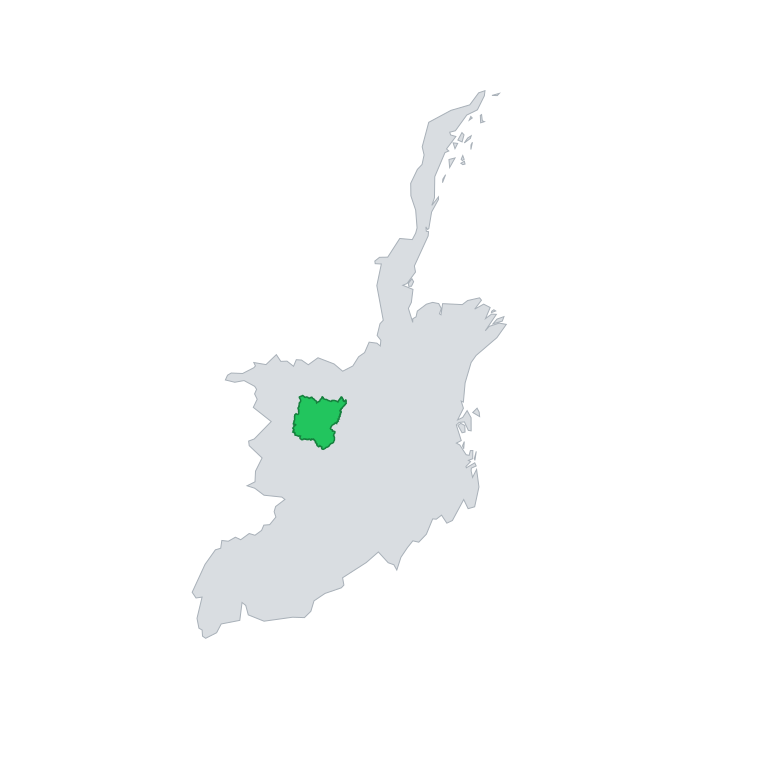 Loilen, Shan, Myanmar shown in context, rotated 210°
{"feature_id": "60261553B60770274813160", "entity_name": "Loilen", "entity_type": "district", "adm_level": 2, "iso_a3": "MMR", "parent_name": "Myanmar", "parent_adm1": "Shan", "projection": "mercator", "projection_center": [97.755, 21.29], "detail": "fine", "context": "in_parent", "style": "filled", "palette": "green", "viewbox_px": 768, "rotation_deg": 210, "n_neighbors": 0, "source": "geoboundaries", "source_scale": "gbopen_adm2", "svg_char_len": 9460}
<svg xmlns="http://www.w3.org/2000/svg" viewBox="0 0 768 768"><g transform="rotate(210 384 384)"><path d="M491.9,355.6L484.7,352.0L479.4,355.3L471.2,354.1L472.1,361.2L467.4,363.5L459.2,362.8L454.3,373.7L437.3,376.4L426.2,374.4L420.0,384.0L419.6,394.9L416.5,401.5L417.8,412.8L410.6,415.8L406.2,415.1L408.6,420.3L414.2,422.6L417.6,434.2L416.5,438.8L439.4,465.6L446.3,486.6L451.8,483.8L453.4,485.9L451.2,491.5L444.2,495.7L443.1,517.9L431.7,523.2L432.0,530.5L433.4,535.7L443.5,550.4L454.8,560.4L461.2,571.1L462.4,586.6L460.8,593.1L463.8,602.4L469.5,608.5L476.1,633.0L462.8,654.5L449.3,668.6L447.6,683.5L443.2,688.5L441.2,683.8L440.2,668.1L446.8,658.3L448.8,639.0L453.0,634.9L450.8,633.0L445.5,634.3L447.4,618.8L444.4,618.2L446.9,614.9L443.7,588.9L433.4,570.5L431.9,562.6L430.4,573.3L429.1,571.2L428.8,556.8L422.9,541.0L423.5,539.6L426.3,541.0L423.7,537.4L421.6,538.2L419.8,534.3L416.7,501.4L412.7,496.7L414.3,482.5L417.1,478.9L406.2,480.4L401.1,468.3L400.7,461.7L389.9,451.7L391.7,454.9L389.8,458.2L391.6,463.8L387.2,474.3L382.7,479.0L376.8,481.0L372.1,478.0L371.1,472.5L369.2,472.4L373.4,482.9L355.9,491.9L353.3,498.1L344.3,506.4L341.5,505.3L342.9,494.2L337.6,503.0L330.3,503.3L328.8,491.4L325.8,498.3L321.5,500.5L322.9,480.7L321.7,486.5L314.7,494.3L307.9,496.8L309.4,480.6L318.5,454.8L319.3,446.2L314.3,425.5L306.2,408.0L308.6,407.8L303.1,402.7L302.3,389.7L299.1,394.4L298.7,402.5L291.7,398.3L285.1,387.0L287.8,386.0L295.4,391.4L299.7,388.3L300.9,384.7L288.8,373.6L291.8,369.0L287.9,369.1L277.5,363.8L274.6,364.8L275.9,369.5L273.8,370.8L269.8,363.6L272.7,360.1L270.2,360.0L271.8,353.6L270.8,352.6L266.0,361.1L263.2,359.1L266.3,354.8L265.1,352.3L260.6,347.4L261.1,356.3L250.3,342.3L244.1,323.0L248.8,318.1L257.2,323.8L256.5,300.0L260.0,294.9L268.6,299.2L271.1,293.1L274.4,291.5L272.2,275.1L274.8,264.4L280.6,262.6L281.9,254.0L282.7,242.4L279.9,229.3L285.1,232.4L291.0,231.3L304.9,235.7L310.1,220.5L323.0,195.5L318.2,189.8L319.0,186.2L330.4,173.1L336.2,161.2L333.7,150.6L336.1,141.9L346.6,136.3L369.3,118.6L386.1,116.2L393.0,123.1L397.7,123.8L390.7,107.2L405.0,94.8L404.6,84.9L411.3,74.6L415.1,74.9L418.5,80.0L422.2,80.0L428.8,87.6L435.0,108.5L439.8,104.7L446.0,107.7L448.8,138.4L447.1,156.1L443.3,160.1L446.2,167.4L440.2,170.0L436.1,177.0L430.2,177.5L426.0,187.1L420.1,188.5L416.8,196.0L417.5,201.7L412.7,205.0L411.1,214.7L415.3,218.5L416.6,223.7L412.1,234.5L415.9,235.0L432.3,227.7L443.9,229.1L451.7,227.4L446.8,234.8L451.7,244.3L452.6,259.0L469.9,263.2L472.7,266.9L468.9,271.5L462.9,295.1L485.5,298.4L486.2,307.4L491.1,310.7L491.7,315.7L494.8,317.3L506.9,317.0L514.1,310.9L523.4,308.2L523.9,313.4L521.8,317.1L511.7,322.4L504.8,333.1L504.4,335.4L507.5,337.5L495.9,341.8L491.9,355.6ZM292.0,380.8L299.2,385.1L297.9,388.3L293.3,388.5L289.8,382.9L292.0,380.8ZM435.4,604.3L440.0,610.9L435.5,615.3L435.4,604.3ZM291.3,409.6L287.5,407.2L284.9,403.6L292.9,403.7L291.3,409.6ZM442.0,632.2L442.2,640.7L439.3,639.8L437.4,632.7L442.0,632.2ZM318.6,496.7L313.8,502.3L313.0,497.6L319.7,490.7L318.6,496.7ZM412.4,489.1L409.5,487.4L409.1,482.4L411.4,481.0L413.2,483.4L412.4,489.1ZM432.6,642.6L432.0,639.8L435.0,632.9L434.5,638.9L432.6,642.6ZM430.9,658.5L434.9,664.8L434.2,666.1L430.5,661.1L428.2,661.4L430.9,658.5ZM444.7,627.4L440.5,629.2L440.2,623.3L444.7,627.4ZM434.8,687.9L429.4,693.4L430.1,690.4L434.8,687.9ZM268.5,364.6L270.4,371.8L267.1,363.3L268.5,364.6ZM435.5,590.9L435.3,596.1L434.0,587.6L435.5,590.9ZM285.1,369.7L285.7,374.3L282.6,367.8L285.1,369.7ZM430.0,621.2L426.9,618.6L427.9,616.7L429.5,617.1L430.0,621.2ZM427.8,613.6L425.8,617.1L423.8,615.0L425.4,613.4L427.8,613.6ZM428.2,634.5L428.3,637.6L426.0,630.5L428.2,634.5ZM326.0,503.2L323.8,503.1L326.7,499.5L327.1,500.9L326.0,503.2ZM442.6,659.1L440.6,658.5L442.1,655.1L442.6,659.1Z" fill="#d9dde1" stroke="#a8b0b8" stroke-width="1"/><path d="M440.9,335.5L440.9,335.3L441.3,334.9L441.2,334.5L441.4,334.3L442.1,334.1L442.7,334.2L443.3,334.4L443.6,334.4L443.9,334.2L444.7,334.0L445.3,333.2L445.7,333.2L446.0,333.0L446.1,332.9L446.5,333.1L447.2,333.1L447.5,333.3L448.6,333.4L449.0,333.1L449.2,332.4L449.8,331.9L449.8,331.7L450.2,331.3L450.8,330.5L450.7,330.2L450.3,329.7L448.9,329.0L448.3,328.5L447.8,327.9L447.7,327.6L447.6,327.4L447.5,327.2L447.6,326.7L447.6,326.0L447.8,325.8L447.6,325.6L447.6,325.4L447.8,325.1L447.8,324.9L447.4,324.5L447.2,323.8L446.9,323.3L446.9,322.9L446.7,322.8L446.4,322.4L446.5,322.2L446.3,321.9L446.5,321.6L446.3,320.9L446.5,320.3L446.4,320.1L445.9,319.4L445.1,319.2L444.8,318.7L444.6,317.9L444.3,317.9L443.4,316.2L443.1,315.5L443.2,314.7L443.4,314.5L444.0,314.4L444.4,314.2L445.3,314.3L445.8,312.5L445.6,312.2L445.3,311.7L445.3,311.2L444.7,310.4L444.5,309.8L444.0,309.2L443.7,308.7L443.4,308.0L443.5,307.3L443.4,306.7L443.2,306.4L442.9,306.3L442.9,306.1L442.8,304.9L442.6,304.1L442.1,304.0L441.8,304.2L441.4,304.0L441.2,304.4L440.9,304.3L440.5,304.7L440.2,304.7L440.1,304.3L440.0,304.2L440.4,303.2L440.6,303.0L441.1,302.6L440.7,302.3L440.6,302.0L440.7,301.7L440.9,300.7L440.8,300.1L440.5,299.9L440.2,300.0L440.0,299.7L439.8,299.7L439.7,299.6L439.4,299.6L439.3,299.4L439.1,299.4L439.0,299.2L439.0,298.8L439.1,298.4L438.6,298.1L438.7,297.9L439.2,297.7L438.9,297.1L438.9,296.8L437.7,297.1L437.2,296.8L437.0,297.1L436.8,297.2L436.7,297.1L436.4,296.5L436.2,296.4L435.7,295.5L435.5,295.3L435.3,295.2L435.0,295.5L434.4,295.7L432.8,295.9L432.4,296.0L432.0,296.0L431.3,296.8L430.3,297.1L430.3,296.4L430.1,296.1L430.1,295.7L429.6,295.0L429.0,294.7L428.3,294.8L427.7,294.6L427.4,294.7L427.1,294.7L426.7,295.2L426.4,295.3L426.3,295.9L426.2,296.1L425.7,296.6L425.3,296.7L425.2,296.7L424.9,296.6L424.5,296.8L424.5,297.1L424.0,297.3L423.7,297.2L423.2,297.5L423.1,297.3L422.9,297.4L422.7,297.6L422.4,297.6L422.0,298.1L421.8,298.1L421.8,298.4L421.4,298.9L421.2,298.9L420.9,299.1L420.1,299.2L419.8,298.7L419.6,298.7L419.3,298.9L419.2,299.2L418.8,299.5L418.9,299.8L419.1,299.9L419.1,300.2L418.8,300.2L418.2,299.8L418.5,300.3L418.3,300.5L418.0,300.5L417.7,301.0L417.3,300.8L417.1,300.9L416.6,300.6L416.5,300.8L416.3,300.7L415.9,300.4L415.6,300.5L415.3,300.2L414.7,300.1L414.8,299.9L414.5,299.7L414.2,299.3L414.0,298.9L412.9,298.9L412.6,298.7L412.3,298.7L412.1,298.2L411.9,298.2L411.9,297.8L411.0,297.2L410.4,297.2L409.7,297.0L409.4,297.2L409.1,297.1L409.0,297.5L408.8,297.8L408.7,297.9L408.7,298.5L408.3,298.4L407.9,298.1L407.6,298.4L406.7,298.3L406.5,298.1L406.2,298.2L406.1,297.6L405.6,296.8L405.0,296.9L404.6,296.8L403.9,297.1L403.2,298.1L402.9,298.7L402.6,299.1L402.6,299.8L402.5,300.1L402.0,300.5L401.1,301.5L400.9,302.4L400.5,303.0L400.7,303.7L400.5,304.3L400.4,305.4L400.2,305.8L399.6,306.3L399.5,306.7L399.3,306.8L399.2,306.9L399.2,307.1L398.7,307.7L398.6,308.3L398.9,309.4L398.9,310.6L399.6,311.9L399.9,312.3L400.2,313.0L400.6,313.2L401.0,313.6L401.5,313.7L401.6,314.1L401.9,314.1L402.0,314.4L402.3,315.6L402.3,316.4L402.1,316.6L402.5,318.0L403.0,318.2L403.6,317.9L404.2,318.0L404.5,317.8L405.0,317.4L405.2,317.7L406.0,318.5L407.3,318.2L407.6,318.2L407.9,318.6L408.3,318.8L408.2,319.3L408.4,319.8L408.3,320.3L408.5,320.7L408.3,321.5L408.4,321.9L408.2,322.7L407.7,323.4L407.2,324.4L407.0,324.6L406.9,324.8L407.0,325.4L406.4,325.9L406.4,326.0L405.9,326.2L406.1,326.3L406.1,326.6L405.9,326.6L406.0,326.7L405.9,326.6L405.9,326.8L405.6,326.7L405.7,327.0L405.3,327.6L405.3,327.8L405.4,328.1L405.2,328.4L405.4,328.4L405.5,328.5L405.3,328.7L405.5,328.8L405.6,328.7L405.5,329.0L405.5,329.6L405.7,329.8L405.6,330.1L405.9,330.5L405.6,330.9L405.8,330.9L405.7,331.0L405.8,331.3L406.0,331.5L406.1,331.4L406.0,331.5L405.8,331.9L405.9,332.0L406.0,332.8L406.3,332.9L406.5,333.1L406.4,333.6L406.5,333.9L406.4,334.0L406.2,334.0L406.0,333.8L405.9,334.0L406.0,334.4L406.5,334.7L406.6,335.4L406.8,335.4L406.8,335.5L407.0,335.7L407.1,336.2L406.8,336.4L406.9,336.5L406.9,336.9L407.2,337.0L407.4,337.1L407.1,337.1L407.2,337.3L407.0,337.5L406.9,338.0L407.2,338.6L407.5,338.7L407.7,338.9L408.1,338.7L408.2,338.4L408.5,338.6L408.3,338.8L408.5,339.4L408.5,339.7L408.7,339.9L408.8,339.8L408.8,340.4L408.6,340.3L408.4,340.6L408.7,341.0L408.5,341.5L408.4,341.8L408.4,342.1L408.2,342.2L408.3,342.4L408.3,342.7L408.2,342.8L408.0,344.4L407.5,345.5L407.7,346.0L407.4,346.3L407.3,346.9L407.4,347.5L407.0,348.2L407.5,348.8L407.9,349.7L408.4,350.5L408.6,350.5L408.8,351.0L409.2,351.0L409.3,350.6L409.4,350.2L409.6,349.9L409.6,349.6L409.5,349.3L409.6,349.0L410.0,349.0L410.3,348.9L410.6,349.0L411.3,349.4L411.4,349.6L411.3,349.9L411.4,350.1L413.2,351.1L413.7,351.5L414.3,351.5L414.6,351.4L414.6,350.8L414.7,350.4L414.6,349.9L414.7,349.6L414.4,349.6L414.6,349.1L415.0,347.6L415.0,346.9L414.9,346.5L414.9,345.4L415.2,345.5L415.8,345.4L416.1,345.6L416.3,345.6L416.8,345.3L417.7,345.2L417.9,345.1L418.6,345.0L419.6,344.5L419.8,344.2L420.7,343.9L420.7,343.3L420.9,343.2L420.8,342.9L421.0,342.5L421.2,342.4L421.9,342.3L422.9,342.1L423.6,342.0L424.1,341.7L424.4,341.7L424.7,341.9L426.3,341.8L426.6,341.5L427.5,341.2L428.7,341.1L429.2,341.1L429.3,341.4L429.5,341.6L429.8,341.6L430.0,341.7L430.0,341.9L430.9,342.1L431.2,341.6L430.9,341.1L431.0,340.8L430.8,340.1L431.4,339.0L431.4,338.5L431.2,338.0L431.2,337.5L431.1,337.3L431.1,337.1L431.4,336.5L431.6,336.5L432.1,335.6L432.2,335.2L432.3,335.0L432.6,334.8L432.9,333.9L433.1,334.1L433.2,334.6L433.6,334.9L433.7,335.0L433.8,335.2L434.3,335.2L434.5,335.4L434.7,335.5L435.1,335.5L435.4,335.4L435.8,335.4L436.2,335.4L436.4,335.5L436.5,335.7L436.9,335.9L437.7,336.0L438.1,335.9L438.5,335.9L439.6,336.4L439.8,336.1L440.3,336.2L440.5,335.7L440.9,335.5Z" fill="#22c55e" stroke="#15803d" stroke-width="1.5"/></g></svg>